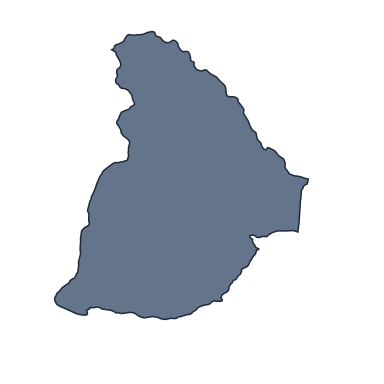 outline of Venecia, Cundinamarca, Colombia, rotated 104°
{"feature_id": "7082276B51616381865711", "entity_name": "Venecia", "entity_type": "district", "adm_level": 2, "iso_a3": "COL", "parent_name": "Colombia", "parent_adm1": "Cundinamarca", "projection": "robinson", "projection_center": [-74.456, 4.07], "detail": "fine", "context": "isolated", "style": "filled", "palette": "slate", "viewbox_px": 384, "rotation_deg": 104, "n_neighbors": 0, "source": "geoboundaries", "source_scale": "gbopen_adm2", "svg_char_len": 6011}
<svg xmlns="http://www.w3.org/2000/svg" viewBox="0 0 384 384"><g transform="rotate(104 192 192)"><path d="M211.1,102.8L209.9,101.1L209.1,99.4L208.1,96.1L207.3,92.2L205.0,84.8L204.9,84.1L205.2,79.6L194.2,81.0L174.7,84.6L170.1,85.1L163.7,86.3L163.0,86.1L161.5,85.2L160.2,85.3L159.3,85.1L157.4,83.7L156.8,82.7L156.4,82.3L155.6,82.4L154.4,82.0L151.2,82.5L151.3,82.8L151.4,84.1L151.4,85.5L151.0,89.4L151.1,94.0L151.4,95.3L151.5,97.3L151.0,101.2L150.5,102.2L147.5,105.7L146.5,107.2L146.0,107.3L145.1,107.9L142.5,108.1L141.0,109.0L140.2,109.3L139.5,109.9L137.8,111.0L135.9,116.4L135.2,117.6L132.7,120.6L131.7,122.8L130.5,128.1L130.5,129.1L131.0,129.6L132.7,130.1L133.0,130.2L133.1,130.6L133.1,131.5L133.0,132.4L132.5,133.5L132.2,133.9L131.1,134.9L130.3,135.5L128.5,136.6L127.7,137.2L125.5,140.8L125.0,141.3L122.3,142.8L119.6,143.9L119.1,144.4L118.5,145.2L117.8,147.3L117.3,148.3L116.3,149.5L113.0,152.3L110.1,154.2L108.9,155.2L103.9,160.5L102.7,161.3L100.3,161.4L98.9,162.0L97.7,163.3L93.3,168.9L92.1,169.5L90.9,169.9L90.4,170.4L89.7,172.1L89.5,173.4L89.7,175.3L90.6,179.1L90.3,180.8L90.0,181.2L88.7,182.3L87.2,183.0L84.7,183.8L82.5,184.7L81.2,185.5L80.3,186.7L77.1,192.4L75.8,194.3L75.1,195.1L74.7,195.8L74.3,196.8L73.3,201.1L72.7,202.7L72.1,204.2L70.2,207.4L70.2,208.3L70.3,208.9L70.7,209.7L72.1,211.7L72.4,212.6L72.3,215.0L72.0,217.1L71.8,217.6L68.9,220.6L67.5,221.0L66.0,221.2L65.6,221.5L65.0,224.3L64.5,225.0L63.3,225.7L61.4,226.1L61.0,226.6L59.2,227.4L58.3,228.0L57.6,228.7L57.0,229.7L56.8,230.4L56.9,231.3L57.9,234.4L57.8,236.0L57.5,236.7L54.7,239.8L53.3,240.7L50.9,242.1L49.8,243.9L49.2,245.6L49.3,247.2L52.3,250.2L52.8,251.0L53.1,252.4L53.1,254.5L52.6,255.8L51.5,257.9L50.8,258.6L49.7,260.2L49.4,262.4L49.4,263.8L49.2,264.6L48.8,265.2L46.5,266.5L46.1,267.1L45.9,267.7L45.9,268.8L46.0,269.6L47.8,273.5L50.7,277.4L51.5,279.3L52.1,280.8L52.5,282.8L53.6,285.3L54.1,287.0L54.4,290.9L54.7,291.7L55.4,292.4L56.4,293.1L59.7,294.2L60.2,294.5L61.3,294.5L62.1,294.8L63.6,295.9L66.5,299.4L67.6,301.3L68.0,301.8L68.6,302.2L69.3,302.4L71.0,302.4L72.0,302.7L72.8,303.6L73.3,304.4L73.5,304.0L74.7,300.0L75.3,299.5L76.5,299.1L77.4,298.5L80.5,295.4L83.3,293.0L85.3,292.0L87.4,291.8L88.3,292.1L89.0,292.4L89.6,292.9L90.0,293.4L91.0,294.1L91.8,294.4L94.1,294.1L95.3,293.6L96.5,292.7L97.1,292.6L98.7,292.6L100.6,293.1L101.9,293.2L102.9,292.9L104.3,292.2L105.0,291.4L105.3,290.8L105.4,289.5L105.8,289.0L107.5,287.5L108.4,285.6L108.0,281.7L108.5,279.4L108.9,278.3L110.9,275.8L112.4,274.1L113.5,273.4L116.0,272.2L117.3,271.4L118.2,270.6L120.5,268.9L121.4,269.2L122.8,270.5L123.5,271.4L124.4,272.3L124.9,272.5L126.1,272.7L127.0,273.4L129.4,276.9L131.8,279.9L132.8,280.0L134.5,280.5L136.5,280.8L138.8,280.9L139.1,281.1L140.9,281.8L142.2,281.9L143.0,281.8L144.2,281.2L146.1,278.8L148.4,276.6L149.5,275.9L151.1,275.3L151.8,274.9L152.6,274.1L154.1,272.2L154.6,271.1L155.9,268.0L156.6,266.7L158.7,264.5L160.4,264.3L163.2,264.4L165.3,264.2L167.1,263.6L167.7,263.5L168.5,263.6L169.5,263.4L170.6,262.9L171.6,262.5L172.8,262.3L173.6,262.3L174.5,262.4L176.1,262.4L176.8,262.5L177.1,263.0L178.2,264.8L179.3,266.3L180.3,268.8L181.7,271.3L181.7,272.7L181.9,272.9L182.0,273.5L183.3,275.4L186.9,278.5L187.5,278.9L191.3,281.9L192.7,282.8L194.8,283.8L196.3,283.9L198.9,285.0L204.1,286.0L208.1,286.5L211.7,286.7L215.9,287.3L221.0,288.4L222.3,288.4L223.7,288.1L224.8,288.6L225.9,288.8L232.7,288.9L235.2,288.8L236.1,288.6L236.7,287.8L238.0,286.9L238.9,286.5L241.7,286.1L242.8,285.7L244.6,285.3L245.8,284.9L246.7,284.2L247.3,284.0L249.3,284.2L251.0,285.8L252.1,287.3L253.6,288.2L255.9,289.5L256.9,289.6L257.8,289.6L260.8,289.2L262.4,289.2L264.9,288.7L267.6,288.0L274.4,286.8L278.8,285.2L287.6,285.2L288.8,284.7L290.7,284.2L295.7,283.6L297.6,283.5L298.6,283.7L299.2,284.2L301.9,284.5L303.9,285.3L304.6,286.0L305.5,287.3L307.5,288.9L308.6,289.0L309.7,289.3L311.5,290.6L312.5,291.7L315.2,293.9L315.7,294.5L318.9,296.1L320.0,296.5L321.1,297.2L322.0,298.0L323.2,298.6L324.8,298.9L325.4,298.8L327.4,299.5L328.8,299.5L331.1,298.5L331.9,297.6L333.2,296.7L334.1,295.1L335.1,291.7L335.5,288.5L338.1,274.1L337.9,268.9L337.2,265.5L336.6,264.4L335.5,264.0L334.8,264.2L333.0,265.2L332.4,265.4L331.9,265.3L331.0,264.0L330.3,263.3L329.7,263.0L328.9,263.2L328.0,259.2L326.5,256.2L326.4,254.0L326.6,252.8L327.3,251.5L327.1,249.0L326.4,242.1L326.9,238.4L327.6,237.0L327.5,235.7L327.0,233.5L327.0,231.2L325.9,228.1L324.1,224.1L323.4,221.1L323.4,219.1L323.7,217.8L325.1,214.3L325.6,211.6L325.8,208.0L322.9,201.5L322.8,201.0L322.3,200.1L322.3,199.3L322.1,198.1L322.1,197.0L322.0,194.7L322.5,191.9L322.3,188.4L322.0,186.6L319.9,182.5L319.4,180.6L319.4,180.0L319.1,179.1L318.9,177.9L318.5,176.8L317.7,175.8L317.0,175.6L316.4,175.1L315.9,173.3L315.6,172.7L314.8,171.5L312.5,167.6L311.5,165.4L311.2,164.4L309.6,162.8L308.5,162.4L305.1,159.3L302.8,158.2L302.0,157.6L301.1,156.1L300.4,155.1L299.8,154.5L297.9,150.8L297.6,149.7L296.7,148.3L296.1,147.5L293.5,145.9L292.5,144.5L292.2,143.6L292.1,141.5L291.5,139.7L291.3,138.2L290.9,137.3L290.4,136.9L290.3,136.5L289.3,136.5L289.0,136.7L288.1,137.9L287.8,138.2L285.2,138.1L282.6,136.5L281.7,135.0L279.4,133.1L277.4,132.7L275.8,133.0L274.2,132.9L272.1,132.2L270.2,130.9L268.8,130.9L268.4,130.7L267.7,130.3L266.5,128.5L265.9,128.1L262.5,127.1L261.6,126.5L260.8,125.8L260.0,125.2L258.3,125.0L257.7,124.7L256.9,124.8L256.3,125.2L255.5,125.2L254.6,124.6L253.6,123.9L253.0,123.2L252.9,122.6L251.6,121.4L251.2,120.6L250.2,119.9L249.7,119.9L247.8,119.1L245.7,119.1L243.7,118.1L242.6,118.0L241.3,117.4L240.8,117.5L236.6,115.4L235.6,115.5L234.4,115.1L233.6,115.5L233.4,115.5L233.0,115.4L231.8,113.6L231.3,113.3L231.1,113.4L231.1,113.9L230.8,114.6L230.3,116.5L230.2,116.8L228.6,118.1L227.5,119.4L225.7,121.1L225.0,121.5L223.7,121.5L223.2,121.8L222.8,122.7L222.2,124.6L221.7,125.0L220.6,125.3L219.8,124.3L218.9,121.8L219.0,121.2L219.5,119.9L219.6,119.2L220.1,118.8L220.3,118.1L220.2,116.6L219.2,114.6L218.0,112.4L217.6,110.8L217.5,109.5L216.9,108.3L215.2,107.4L211.9,104.3L211.1,102.8Z" fill="#64748b" stroke="#1e293b" stroke-width="1.5"/></g></svg>